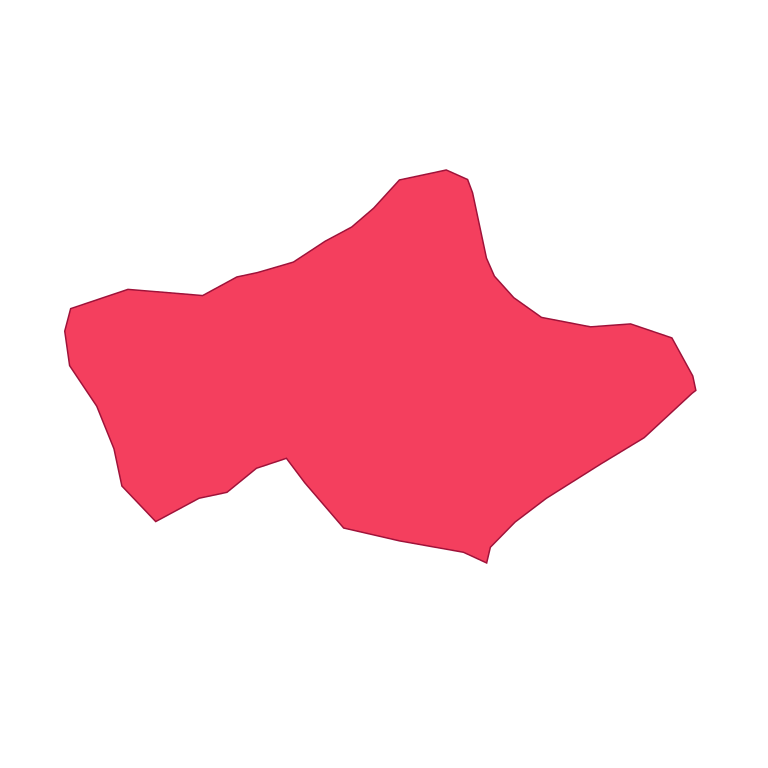 Plasnica, Albers equal-area conic projection, rotated 348°
{"feature_id": "MKD-2902", "entity_name": "Plasnica", "entity_type": "Statistical Region", "adm_level": 1, "iso_a3": "MKD", "parent_name": "North Macedonia", "parent_adm1": "", "projection": "albers", "projection_center": [21.117, 41.443], "detail": "fine", "context": "isolated", "style": "filled", "palette": "rose", "viewbox_px": 768, "rotation_deg": 348, "n_neighbors": 0, "source": "natural_earth", "source_scale": "10m", "svg_char_len": 731}
<svg xmlns="http://www.w3.org/2000/svg" viewBox="0 0 768 768"><g transform="rotate(348 384 384)"><path d="M489.4,187.6L508.3,201.4L510.4,215.4L510.4,248.7L510.4,282.2L514.4,301.5L528.9,326.6L551.9,351.6L597.8,371.0L637.7,376.5L675.2,398.8L687.7,440.4L687.7,455.1L683.3,457.2L627.3,490.6L579.4,507.3L518.9,529.6L483.5,546.3L454.1,565.8L447.2,580.4L426.7,565.1L366.6,540.7L314.6,516.5L286.0,464.2L273.1,436.4L241.7,439.9L207.9,457.3L204.2,457.3L179.3,457.3L132.1,471.1L106.4,429.3L106.4,391.2L98.4,346.0L80.3,300.7L82.7,265.9L93.2,245.1L153.2,238.2L223.7,259.4L224.9,259.8L262.3,248.7L283.3,248.7L320.7,245.9L356.1,232.1L385.1,223.7L410.5,209.8L441.5,187.6L489.4,187.6Z" fill="#f43f5e" stroke="#9f1239" stroke-width="1.5"/></g></svg>